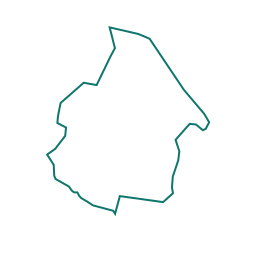 Hampton, Virginia, United States of America, rotated 307°
{"feature_id": "52423323B9721740762179", "entity_name": "Hampton", "entity_type": "district", "adm_level": 2, "iso_a3": "USA", "parent_name": "United States of America", "parent_adm1": "Virginia", "projection": "orthographic", "projection_center": [-76.376, 37.054], "detail": "fine", "context": "isolated", "style": "outline", "palette": "teal", "viewbox_px": 256, "rotation_deg": 307, "n_neighbors": 0, "source": "geoboundaries", "source_scale": "gbopen_adm2", "svg_char_len": 679}
<svg xmlns="http://www.w3.org/2000/svg" viewBox="0 0 256 256"><g transform="rotate(307 128 128)"><path d="M95.4,64.9L89.5,68.6L91.1,78.2L83.9,82.6L67.5,82.4L58.1,79.4L53.9,90.8L45.4,97.9L43.7,100.8L45.7,116.2L44.2,120.6L44.1,123.6L46.1,126.3L44.4,129.9L43.9,132.7L44.7,140.2L45.2,146.8L53.0,166.0L51.7,169.3L68.7,162.5L89.9,200.6L102.9,203.2L107.0,198.9L116.2,193.0L132.4,187.6L140.2,183.1L147.2,173.1L157.6,173.9L168.4,174.8L171.7,180.1L171.3,189.1L174.1,190.6L181.4,189.4L185.1,180.6L192.1,149.7L194.5,142.8L203.5,116.8L212.3,91.5L209.3,79.7L197.3,52.8L183.9,69.5L174.3,71.0L143.4,77.1L137.5,65.4L107.4,59.1L95.4,64.9Z" fill="none" stroke="#0f766e" stroke-width="2"/></g></svg>